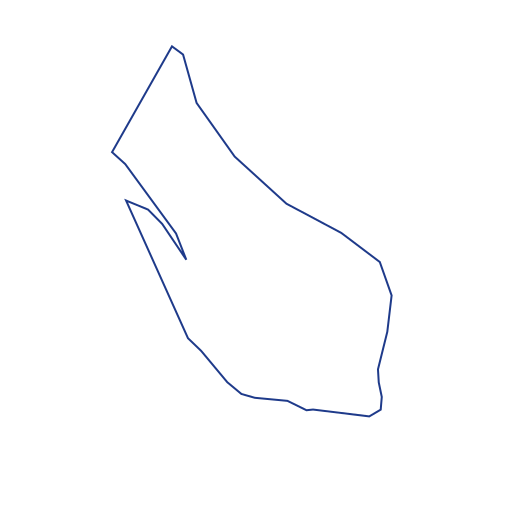 an SVG outline of San Salvador, rotated 126°
{"feature_id": "BHS-5031", "entity_name": "San Salvador", "entity_type": "District", "adm_level": 1, "iso_a3": "BHS", "parent_name": "The Bahamas", "parent_adm1": "", "projection": "orthographic", "projection_center": [-74.482, 24.049], "detail": "fine", "context": "isolated", "style": "outline", "palette": "blue", "viewbox_px": 512, "rotation_deg": 126, "n_neighbors": 0, "source": "natural_earth", "source_scale": "10m", "svg_char_len": 521}
<svg xmlns="http://www.w3.org/2000/svg" viewBox="0 0 512 512"><g transform="rotate(126 256 256)"><path d="M300.0,310.2L284.8,333.9L258.5,415.8L256.6,433.5L135.8,447.2L135.9,433.4L167.1,394.0L188.1,331.7L195.8,262.1L187.2,200.5L188.1,152.3L208.2,123.1L240.2,105.2L276.0,90.7L286.1,82.4L296.1,71.4L307.0,64.8L319.2,70.1L346.7,119.6L351.1,124.5L354.7,145.4L371.4,173.6L376.2,186.7L375.0,205.0L365.0,244.6L362.5,262.7L287.5,393.7L281.9,370.6L285.2,350.7L300.0,310.2Z" fill="none" stroke="#1e3a8a" stroke-width="2"/></g></svg>